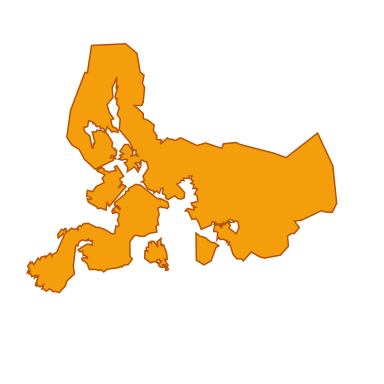 the district of Namsos nor, Nord-Trøndelag, Norway, rotated 283°
{"feature_id": "86288312B29222354807484", "entity_name": "Namsos nor", "entity_type": "district", "adm_level": 2, "iso_a3": "NOR", "parent_name": "Norway", "parent_adm1": "Nord-Trøndelag", "projection": "orthographic", "projection_center": [11.404, 64.444], "detail": "fine", "context": "isolated", "style": "filled", "palette": "amber", "viewbox_px": 384, "rotation_deg": 283, "n_neighbors": 0, "source": "geoboundaries", "source_scale": "gbopen_adm2", "svg_char_len": 5984}
<svg xmlns="http://www.w3.org/2000/svg" viewBox="0 0 384 384"><g transform="rotate(283 192 192)"><path d="M192.4,92.5L205.1,108.1L207.4,108.0L206.9,110.9L208.3,108.7L207.1,104.9L209.6,105.3L209.6,109.1L210.8,109.8L215.7,109.3L215.4,107.6L217.1,107.3L216.8,105.7L218.0,103.8L222.2,103.5L229.6,96.4L232.0,88.7L231.0,88.1L230.9,85.5L228.9,84.9L228.1,81.3L218.5,86.3L216.8,86.1L217.1,85.0L212.6,85.8L212.3,84.8L223.6,79.8L226.4,74.3L230.3,71.9L232.3,75.6L239.0,75.2L238.2,75.3L238.1,79.0L236.3,80.5L237.3,81.2L234.2,84.2L235.3,87.4L233.5,88.4L234.3,90.9L231.1,94.4L236.4,94.6L232.3,100.5L233.5,102.3L233.4,106.5L235.5,106.1L237.3,103.4L237.3,100.9L240.0,98.4L244.0,96.8L245.7,99.3L250.8,93.6L257.9,89.6L266.3,93.7L275.4,90.9L287.2,92.9L275.4,94.9L279.2,96.1L267.6,95.5L265.5,96.6L266.3,97.9L260.7,98.8L257.9,102.2L250.6,101.6L247.0,105.6L236.4,107.1L226.8,119.9L219.3,125.7L220.4,127.9L217.0,128.7L214.6,132.3L215.4,128.2L212.7,123.9L214.4,125.7L218.4,125.3L223.9,119.1L223.2,115.7L215.2,112.6L213.7,116.8L211.5,113.4L210.2,115.6L207.5,112.9L207.3,117.1L208.9,119.1L208.9,121.7L206.7,121.7L205.4,119.4L201.4,124.0L197.2,124.3L203.5,130.3L199.4,134.9L205.1,136.1L202.9,133.8L205.6,133.2L207.2,130.0L209.0,134.2L207.1,134.6L207.3,136.0L211.7,135.3L211.9,137.4L210.8,138.6L211.3,140.9L205.3,144.1L196.4,140.7L192.5,143.0L190.6,140.6L190.6,142.6L185.0,148.4L184.0,154.9L182.4,155.1L184.9,157.2L183.4,160.4L188.5,161.2L189.2,163.2L184.0,163.4L182.5,167.5L180.6,167.5L179.0,170.2L184.4,176.0L182.4,179.7L182.7,183.1L184.6,185.7L189.8,184.9L196.4,175.4L198.9,178.7L201.1,178.8L201.2,181.6L203.4,180.6L204.7,186.4L207.0,185.7L207.6,188.5L204.0,188.0L202.9,190.8L200.1,188.9L199.8,192.4L195.5,192.1L196.6,195.4L195.4,195.7L196.5,196.8L190.3,194.9L189.9,197.6L185.1,199.4L183.9,199.3L181.1,193.7L178.8,195.1L177.8,198.9L177.0,197.0L174.9,197.9L175.0,191.5L172.2,189.6L172.3,192.6L165.3,198.1L166.9,201.5L165.4,204.0L157.6,209.5L164.2,218.2L167.5,218.6L167.9,221.7L165.8,220.8L167.2,225.9L165.8,227.6L168.0,228.0L167.4,229.2L169.1,229.7L167.8,230.4L173.8,234.9L173.9,237.2L172.0,239.6L173.7,240.8L173.5,243.4L167.9,245.8L161.3,244.5L165.1,236.0L168.0,237.0L170.3,234.4L171.2,237.2L171.5,236.1L171.2,233.6L167.5,231.0L167.3,229.2L163.8,228.9L166.1,225.0L164.6,221.6L159.0,221.8L158.3,222.4L159.1,224.4L158.3,226.1L151.0,227.2L153.5,228.2L152.1,230.2L153.1,233.9L151.7,236.8L153.5,237.1L150.6,237.3L151.6,238.9L151.4,240.1L148.8,238.8L148.7,241.2L140.5,246.0L136.9,250.8L138.0,254.9L136.4,257.5L146.8,263.2L144.0,273.0L143.9,277.6L150.4,292.4L160.9,298.2L170.4,295.0L173.9,298.2L174.6,301.0L181.5,304.6L186.6,298.4L189.1,304.9L202.8,322.1L202.4,325.9L203.8,333.3L213.5,335.5L249.1,323.4L277.7,301.1L246.7,276.0L248.2,263.1L249.2,227.5L250.2,224.0L246.1,211.8L241.3,211.3L242.8,194.1L238.4,186.4L242.3,168.7L238.3,163.8L238.9,160.6L238.3,157.8L239.2,155.9L231.5,150.4L235.8,150.9L235.5,145.5L238.8,145.3L243.1,140.6L248.7,140.1L252.0,133.3L252.5,128.1L257.5,126.8L263.3,116.4L264.9,123.5L268.1,124.3L283.2,122.3L286.5,119.3L295.1,119.0L297.3,114.4L314.7,107.2L321.5,94.0L312.2,61.1L284.6,63.3L284.5,60.8L244.3,55.3L217.2,57.7L210.7,64.6L208.2,72.4L199.6,79.9L192.4,92.5ZM87.5,50.4L82.8,48.5L81.0,50.5L76.5,49.8L78.4,51.8L75.6,51.3L75.9,53.3L73.4,54.8L75.6,58.4L72.7,57.9L75.9,61.2L65.3,60.4L68.0,61.4L65.3,62.1L66.3,63.0L65.3,65.3L68.2,68.3L63.7,67.6L64.3,68.9L62.5,72.3L65.6,75.0L63.6,79.1L64.4,81.4L64.1,85.3L71.9,89.7L77.1,90.1L85.8,95.9L92.7,93.1L112.9,90.8L114.3,91.4L113.7,92.9L117.7,93.1L120.8,96.0L120.4,99.1L122.6,101.4L121.2,101.4L122.2,102.8L121.1,104.2L122.1,106.0L117.4,106.6L118.1,104.9L117.6,101.4L110.2,94.0L108.3,96.4L109.9,98.7L105.6,100.3L106.3,100.8L105.1,104.8L103.9,104.9L104.3,103.5L102.7,99.6L100.4,100.8L100.4,102.9L98.4,106.1L93.4,109.4L94.8,115.7L94.5,119.0L95.8,120.8L94.2,123.9L97.7,126.8L101.9,137.8L103.6,139.3L103.0,140.4L105.6,142.3L106.8,146.0L113.3,149.0L115.4,146.1L129.4,142.6L136.5,145.6L137.6,148.4L137.0,149.8L138.0,155.4L142.1,159.8L145.1,166.8L150.5,164.8L152.7,166.8L157.4,164.6L162.4,165.1L168.6,162.4L170.9,165.2L170.1,166.0L170.7,169.5L170.1,171.4L172.4,172.8L176.5,170.8L178.5,163.2L177.4,162.8L178.4,161.3L177.6,159.7L187.1,140.5L186.8,135.4L181.1,129.3L178.9,130.0L177.9,127.4L175.3,127.5L164.3,119.1L161.5,119.7L161.8,123.0L159.7,125.9L158.4,125.5L161.2,121.6L157.7,118.9L156.1,120.5L156.4,118.8L155.4,118.2L153.3,119.5L155.4,124.0L154.1,126.3L147.5,125.7L143.7,128.4L141.5,127.4L141.9,125.5L133.9,125.9L133.3,123.3L135.8,115.9L136.7,108.8L135.9,107.0L138.2,97.8L136.4,93.1L133.6,91.9L134.2,90.4L131.8,88.4L129.4,89.4L130.1,87.4L129.0,85.5L129.8,82.9L123.9,78.3L127.6,77.9L127.9,76.4L125.9,75.6L126.3,73.2L120.3,70.7L117.0,72.1L122.7,76.3L121.3,77.2L102.8,73.7L99.6,69.9L97.9,70.2L100.6,67.6L95.3,64.0L96.6,63.5L94.7,59.7L91.5,59.1L93.0,56.9L85.4,54.2L87.8,52.2L86.4,51.1L87.5,50.4ZM170.1,89.7L164.2,90.3L164.4,92.9L163.1,95.8L162.0,94.7L162.0,91.3L158.8,93.4L156.0,102.9L155.0,103.2L154.8,105.4L155.9,106.2L155.0,112.3L162.5,111.7L159.4,114.7L182.6,126.5L183.8,122.8L179.1,119.1L186.0,121.9L186.6,119.6L188.5,118.8L191.9,121.9L200.7,112.7L198.9,110.7L195.9,113.3L193.7,108.0L192.0,106.9L193.3,105.2L192.8,101.5L194.6,101.2L195.6,98.5L191.9,94.4L191.0,94.9L189.3,103.3L185.1,101.4L181.4,104.3L176.0,97.5L170.0,95.1L170.1,89.7ZM145.5,230.2L147.5,225.7L147.4,221.5L150.6,215.0L150.7,210.1L152.9,205.1L126.5,211.6L123.7,220.1L129.2,226.1L143.5,227.9L145.5,230.2ZM124.3,159.4L116.7,160.8L113.6,167.7L115.3,169.9L115.9,172.5L115.1,174.0L117.8,173.2L119.1,175.4L117.6,176.1L117.8,178.0L115.8,176.9L115.5,174.9L112.1,176.9L111.7,179.1L112.9,182.7L109.8,184.0L110.6,186.1L112.1,186.1L114.5,178.9L115.1,182.2L113.4,184.4L115.1,185.3L119.5,180.9L120.5,180.5L119.9,182.1L120.8,183.1L126.8,181.0L133.8,176.5L134.3,174.8L132.8,174.7L133.3,173.6L139.8,172.2L135.4,169.1L130.5,171.2L135.3,166.1L134.9,163.3L133.2,163.6L134.0,162.6L132.9,161.1L128.4,162.1L127.9,160.1L126.0,160.2L124.2,162.2L124.3,159.4Z" fill="#f59e0b" stroke="#b45309" stroke-width="1.5"/></g></svg>